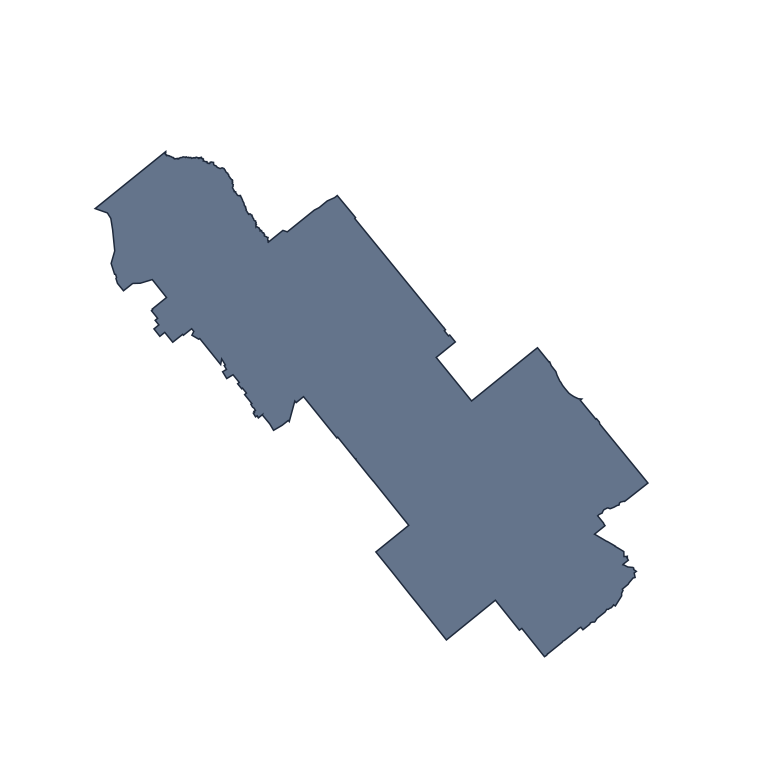 Yarriambiack, Victoria, Australia, rotated 141°
{"feature_id": "25037944B93002214322562", "entity_name": "Yarriambiack", "entity_type": "district", "adm_level": 2, "iso_a3": "AUS", "parent_name": "Australia", "parent_adm1": "Victoria", "projection": "albers", "projection_center": [142.438, -36.026], "detail": "fine", "context": "isolated", "style": "filled", "palette": "slate", "viewbox_px": 768, "rotation_deg": 141, "n_neighbors": 0, "source": "geoboundaries", "source_scale": "gbopen_adm2", "svg_char_len": 5964}
<svg xmlns="http://www.w3.org/2000/svg" viewBox="0 0 768 768"><g transform="rotate(141 384 384)"><path d="M430.9,71.1L428.3,70.8L427.0,71.3L427.0,71.2L424.2,71.2L408.0,71.2L406.7,71.6L405.2,71.2L389.3,71.1L387.1,71.5L384.1,71.1L384.1,67.8L375.4,67.8L373.8,68.5L371.9,67.8L370.2,66.5L369.3,66.6L366.0,67.8L355.7,67.7L352.7,68.7L351.4,67.7L350.0,67.7L348.1,67.1L345.7,67.5L344.6,67.9L343.9,65.9L332.6,69.8L331.0,71.9L328.2,73.1L327.9,74.6L320.3,74.7L318.7,75.3L312.6,76.5L310.6,75.6L308.5,79.7L305.8,79.6L306.7,82.7L305.8,83.7L306.0,84.8L309.7,88.4L311.4,92.3L312.1,93.2L311.5,93.4L305.0,93.3L304.6,96.0L304.2,95.8L303.7,96.6L303.3,97.0L304.1,97.4L306.1,98.9L303.1,102.8L304.7,107.4L306.6,112.4L306.3,112.5L309.6,121.2L309.9,121.4L314.9,134.8L301.4,134.8L301.2,137.1L300.9,137.6L300.9,147.1L299.0,147.2L295.5,146.4L294.4,147.2L292.2,147.9L288.4,147.1L287.8,146.6L286.8,144.8L286.0,144.5L282.8,143.5L279.3,142.9L277.5,142.0L276.0,143.3L274.3,143.3L270.8,141.6L270.8,141.3L241.2,140.9L241.5,217.1L240.6,218.9L240.7,223.3L241.5,223.3L241.7,247.8L239.8,247.9L242.2,250.2L244.3,254.5L245.4,257.8L246.1,260.5L246.2,267.1L246.1,270.7L245.5,274.2L245.6,275.3L244.0,281.9L242.6,285.5L242.5,292.9L241.3,297.0L241.9,297.1L241.9,315.6L247.2,315.7L326.6,315.7L326.7,371.8L302.1,371.8L302.1,380.7L302.2,380.8L303.6,380.8L303.6,387.4L302.1,387.4L302.1,389.9L301.9,390.2L302.0,390.7L302.1,391.1L302.2,411.1L302.6,531.0L301.4,531.2L301.4,535.2L301.7,559.9L304.6,559.9L305.4,560.0L312.9,562.0L323.4,561.9L328.7,563.0L363.4,563.1L365.9,567.0L384.8,567.0L384.8,567.3L384.4,567.7L383.7,568.2L383.7,568.5L383.9,568.8L383.7,569.1L383.5,569.3L383.3,569.8L381.9,570.8L382.3,571.4L382.7,571.7L382.7,572.3L383.0,573.0L383.8,574.3L383.7,574.6L382.8,575.2L382.8,576.1L382.4,576.7L382.5,577.3L382.6,577.5L383.0,577.6L383.2,578.2L382.9,579.6L382.6,580.3L383.2,580.5L383.4,580.9L383.8,580.8L384.0,581.0L383.2,581.7L383.1,581.9L383.3,582.9L382.9,583.7L383.1,583.9L383.1,584.4L383.7,585.7L383.8,586.3L384.3,586.7L384.7,586.6L384.1,587.7L383.6,587.8L383.1,588.2L382.7,588.3L382.7,588.5L383.0,588.8L383.1,589.1L382.8,589.5L381.9,589.7L381.7,590.2L381.7,590.9L381.2,591.5L381.3,591.7L381.6,591.9L381.9,592.9L381.9,593.4L381.3,594.7L381.5,595.6L381.0,596.4L381.1,597.2L380.3,598.2L380.8,599.1L380.8,600.1L381.2,600.7L381.8,600.9L382.3,600.8L382.5,601.0L382.5,601.3L382.1,601.9L382.1,602.4L382.3,603.0L381.9,604.3L381.9,605.4L381.8,606.0L381.1,606.4L380.8,607.9L380.4,608.1L380.4,608.7L379.9,609.1L380.2,610.4L380.0,611.0L379.4,612.0L378.8,613.4L378.8,614.4L378.6,614.7L378.6,615.2L377.9,616.7L377.9,617.5L377.5,618.4L377.6,618.9L377.3,619.4L377.3,620.1L376.9,620.8L377.1,621.1L378.0,621.3L378.1,621.7L378.8,622.2L379.0,622.7L379.1,623.4L378.9,624.5L378.9,625.4L378.8,626.0L378.3,626.6L378.5,626.9L379.2,627.4L379.4,627.8L378.8,628.3L378.8,629.3L378.5,629.9L378.4,631.6L378.2,631.8L377.9,632.3L377.0,632.5L376.5,633.2L375.7,633.7L375.6,634.0L375.8,634.8L375.8,635.3L375.3,635.8L374.7,635.9L374.5,636.1L374.6,636.7L374.5,636.9L373.7,637.2L373.4,637.9L373.4,638.2L373.9,638.7L373.9,639.3L373.7,639.9L373.9,640.3L374.0,640.6L373.7,641.3L373.8,643.1L373.1,644.2L373.3,644.9L372.8,646.1L372.9,646.4L373.2,646.7L373.2,647.4L373.4,648.2L373.0,649.8L372.8,650.3L373.0,651.1L372.7,652.0L373.5,653.5L373.8,653.9L374.9,654.3L375.4,654.4L375.9,654.7L376.5,656.0L377.1,656.9L377.2,657.9L377.4,658.2L377.2,658.8L377.3,659.4L377.6,659.9L378.2,660.6L378.2,661.7L377.9,662.3L377.0,663.5L377.8,664.3L378.0,664.7L378.7,665.4L379.2,665.3L379.6,665.7L380.3,665.3L380.7,665.1L381.1,665.3L381.3,665.7L381.9,666.1L381.8,666.6L382.3,667.2L381.7,668.0L381.7,668.3L382.5,668.8L383.4,670.1L383.5,670.7L384.0,671.0L383.5,671.4L383.4,672.2L382.8,672.4L382.9,673.2L383.6,673.7L383.7,674.0L383.2,675.1L384.0,675.5L384.6,675.3L385.0,675.9L385.3,675.7L386.0,675.7L386.2,676.0L385.8,676.5L386.6,677.4L386.8,677.7L386.8,678.1L387.6,678.6L388.4,678.4L388.8,678.7L388.9,679.2L389.6,679.5L389.8,679.9L390.4,679.9L390.5,680.1L391.5,680.4L391.5,681.6L391.9,681.9L392.1,681.8L392.7,682.3L393.0,682.4L393.2,682.7L393.1,683.1L393.8,683.3L394.3,683.8L394.5,684.6L394.7,684.9L395.0,684.9L395.7,685.0L395.6,685.4L395.8,685.6L396.5,686.1L397.1,686.9L397.6,687.1L398.5,687.1L399.6,688.0L400.8,688.2L400.9,688.4L401.3,688.4L401.8,688.1L402.3,688.4L401.9,688.7L402.4,689.2L403.0,689.6L403.3,689.6L403.4,689.8L404.0,690.1L404.2,690.3L404.9,690.5L404.9,690.8L405.3,691.3L405.1,691.7L405.3,691.9L405.2,692.6L405.7,692.9L405.8,693.5L406.2,693.9L406.4,694.9L407.0,695.4L407.0,695.8L407.2,696.1L407.2,696.4L407.6,696.7L407.7,697.1L408.0,697.3L408.3,697.9L408.7,698.4L408.9,698.4L409.2,698.2L409.3,698.3L409.3,698.9L409.1,699.1L409.1,699.3L408.9,699.6L409.2,700.0L409.3,700.7L409.0,700.9L408.9,701.1L408.5,701.0L408.3,701.2L407.9,701.2L407.3,702.0L498.1,702.1L491.3,691.0L492.1,684.6L497.8,674.7L509.5,656.9L520.2,649.4L524.3,638.9L524.1,638.8L523.6,638.1L524.8,635.1L525.9,634.7L527.8,629.9L527.8,620.4L516.2,620.3L515.6,620.0L510.0,615.7L498.4,611.0L498.6,588.1L517.0,588.1L517.1,587.3L518.6,587.3L518.6,577.5L521.8,577.5L521.8,571.6L528.1,571.6L528.2,562.1L521.9,562.1L521.9,549.4L509.2,549.3L509.2,548.1L498.7,548.0L498.7,544.6L502.6,542.8L499.8,535.4L498.6,535.3L498.7,501.9L494.4,505.6L495.3,498.7L496.6,498.9L497.2,494.5L501.7,495.1L502.8,487.2L495.5,486.2L495.5,476.3L497.6,476.3L497.6,469.8L496.6,469.8L496.6,463.5L499.0,463.5L499.0,452.0L500.2,452.1L500.7,448.9L500.2,446.8L500.6,444.3L502.4,444.6L502.6,443.4L503.9,443.6L504.5,439.3L502.6,439.1L503.0,436.7L497.6,436.7L498.0,436.4L497.9,424.8L499.0,417.5L489.1,416.0L481.3,415.9L481.3,414.4L464.0,426.9L464.0,424.8L454.5,424.8L454.6,371.7L453.4,371.8L453.5,344.5L453.1,343.7L452.3,343.3L453.5,343.3L453.6,322.2L453.5,315.5L453.4,315.5L453.7,258.6L496.0,258.6L496.0,234.3L496.3,204.2L496.3,190.0L496.4,185.7L496.3,184.8L496.5,184.6L496.3,182.8L496.4,168.5L496.6,168.1L496.4,167.7L496.6,145.8L433.5,145.9L433.7,107.5L430.7,107.3L430.9,71.1Z" fill="#64748b" stroke="#1e293b" stroke-width="1.5"/></g></svg>